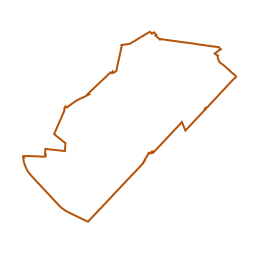 the district of Pekela, Groningen, Netherlands, rotated 8°
{"feature_id": "6326949B23781869832048", "entity_name": "Pekela", "entity_type": "district", "adm_level": 2, "iso_a3": "NLD", "parent_name": "Netherlands", "parent_adm1": "Groningen", "projection": "natural_earth1", "projection_center": [6.972, 53.067], "detail": "fine", "context": "isolated", "style": "outline", "palette": "amber", "viewbox_px": 256, "rotation_deg": 8, "n_neighbors": 0, "source": "geoboundaries", "source_scale": "gbopen_adm2", "svg_char_len": 5222}
<svg xmlns="http://www.w3.org/2000/svg" viewBox="0 0 256 256"><g transform="rotate(8 128 128)"><path d="M188.3,118.2L189.1,117.0L190.0,115.8L191.0,114.3L192.1,112.8L193.3,111.1L194.4,109.5L196.7,106.3L201.3,99.7L201.4,98.8L201.5,98.4L201.5,98.2L201.7,97.8L201.8,97.5L202.0,97.3L202.5,98.1L202.7,97.7L203.6,96.5L207.8,90.5L208.2,89.9L208.6,89.3L210.4,86.8L210.8,86.3L211.7,85.0L213.4,82.5L215.2,79.9L217.4,76.8L218.6,75.1L219.7,73.6L220.7,71.9L221.6,70.7L222.8,69.0L225.3,65.5L225.7,65.0L226.2,64.4L227.3,63.2L227.9,62.3L227.9,62.2L227.8,61.9L227.7,61.7L226.0,60.5L224.6,59.6L222.8,58.5L222.0,58.0L221.6,57.7L221.2,57.4L220.3,56.7L219.6,56.2L219.1,55.9L218.7,55.6L217.7,55.0L217.0,54.5L215.9,53.8L215.0,53.1L214.2,52.7L213.7,52.4L213.3,52.1L213.1,52.0L212.7,51.8L212.3,51.7L210.7,50.8L210.1,50.4L209.8,50.3L209.7,50.2L209.3,49.9L209.2,49.7L208.2,48.0L207.4,46.7L207.2,45.9L206.8,44.7L207.0,43.8L206.5,43.7L205.9,43.4L205.4,43.2L204.8,42.9L203.5,42.2L205.6,40.2L205.8,40.0L206.0,39.8L207.1,38.6L207.4,38.2L207.5,38.1L207.8,37.8L208.1,37.7L208.4,37.5L208.6,37.4L208.9,37.3L209.0,37.3L209.1,37.2L207.7,36.2L206.6,35.3L199.7,35.4L198.0,35.4L189.6,35.4L185.7,35.4L183.0,35.3L178.9,35.3L178.1,35.3L175.1,35.3L170.6,35.4L167.3,35.4L166.2,35.4L154.0,35.4L147.7,35.4L147.4,36.0L142.2,32.5L143.1,31.6L140.3,29.7L138.6,31.3L138.3,31.1L136.7,29.9L136.4,29.7L135.9,29.9L135.1,30.5L134.4,31.1L134.1,31.4L133.8,31.6L133.3,32.0L133.0,32.3L132.6,32.6L132.4,32.7L131.7,33.3L131.0,33.9L130.7,34.1L130.3,34.4L130.3,34.5L130.1,34.6L129.7,34.9L129.6,35.0L129.3,35.3L129.0,35.5L128.6,35.8L127.5,36.7L125.1,38.7L124.2,39.4L124.0,39.6L123.6,39.9L122.6,40.8L122.4,40.9L120.6,42.3L118.4,44.2L118.1,44.4L117.0,44.7L116.4,44.9L115.9,45.0L114.6,45.4L113.9,45.6L113.3,45.8L112.7,46.0L111.1,46.4L110.0,46.7L110.1,47.1L110.3,48.2L110.3,48.6L110.1,50.8L110.0,52.4L109.7,56.8L109.6,58.1L109.4,60.7L108.9,67.0L108.5,73.0L108.4,73.1L108.4,73.3L108.2,73.5L107.4,74.2L107.2,74.4L106.3,75.1L106.2,75.0L106.0,74.8L105.2,74.3L105.2,74.5L105.0,75.4L104.5,76.0L103.0,75.3L101.9,76.7L100.5,78.4L99.2,80.1L98.0,81.6L95.8,84.4L94.7,85.7L94.3,86.3L93.7,87.0L83.6,99.7L83.9,99.7L84.1,99.7L84.4,99.8L84.6,99.9L84.9,100.0L84.5,100.3L82.5,101.7L81.8,102.3L81.5,102.5L80.8,102.9L80.1,103.4L79.4,103.8L79.2,104.0L78.9,104.1L78.4,104.5L78.1,104.7L76.6,105.6L75.6,106.3L75.2,106.6L74.8,106.9L72.3,108.8L72.0,109.1L71.6,109.4L71.4,109.6L71.1,109.9L70.9,110.1L70.6,110.4L69.2,111.7L64.7,116.2L64.3,116.0L63.4,115.3L63.2,115.2L62.7,115.9L62.7,116.0L62.5,116.3L62.5,116.5L62.4,116.7L62.4,116.8L62.4,117.4L62.5,117.8L62.5,118.4L62.5,118.7L62.5,119.7L62.5,120.0L62.4,120.2L62.2,121.0L61.8,122.5L61.7,122.6L61.0,125.4L60.9,125.8L60.1,128.6L59.8,129.8L59.4,131.0L59.2,131.9L58.7,133.4L57.4,138.1L57.0,139.5L56.2,142.5L55.9,143.5L55.7,144.3L56.8,145.0L58.4,146.0L60.1,147.0L62.2,148.2L62.4,148.3L65.6,150.2L68.2,151.8L68.7,159.6L49.1,160.2L49.1,160.3L49.3,163.5L49.5,165.7L50.3,165.7L50.3,167.7L47.6,168.3L45.3,168.4L43.5,168.6L39.4,169.0L36.4,169.3L33.3,169.7L32.0,169.9L29.3,170.2L28.1,170.4L28.1,170.9L28.2,171.1L28.3,171.3L28.2,171.4L28.6,171.7L28.9,172.0L28.5,172.1L28.5,172.4L28.8,173.7L29.3,175.2L29.6,176.1L29.8,176.6L30.1,177.3L30.9,178.8L31.3,179.6L31.8,180.4L32.2,181.2L32.9,182.2L33.9,183.6L34.7,184.6L35.5,185.6L36.3,186.4L36.9,186.9L37.3,187.3L37.5,187.4L37.6,187.6L38.0,187.9L38.3,188.2L39.0,188.8L39.8,189.5L40.5,190.0L43.4,192.4L43.8,192.7L44.0,192.9L44.7,193.5L45.9,194.5L46.6,195.0L47.8,196.0L49.9,197.6L50.9,198.5L51.0,198.6L52.2,199.5L52.5,199.8L53.6,200.7L54.3,201.2L58.4,204.5L59.4,205.3L60.6,206.3L62.3,207.7L63.4,208.6L64.4,209.4L65.1,210.0L65.8,210.5L68.0,212.3L68.3,212.5L69.4,213.4L69.4,213.5L70.4,214.3L71.0,214.7L71.4,215.0L71.8,215.3L72.3,215.6L72.7,215.9L73.1,216.2L73.6,216.5L74.1,216.7L74.5,217.0L75.0,217.3L76.1,217.8L76.6,218.1L76.9,218.2L77.7,218.5L78.2,218.8L78.8,219.0L79.3,219.2L80.7,219.7L80.8,219.8L81.9,220.1L83.0,220.5L84.4,220.9L92.7,223.6L95.7,224.6L98.3,225.4L98.8,225.5L99.2,225.7L101.4,226.4L101.7,226.0L102.8,224.4L103.6,223.2L104.4,222.1L104.8,221.5L106.7,218.9L107.6,217.6L109.1,215.6L110.4,213.6L111.0,212.8L112.0,211.4L112.2,211.1L112.4,211.0L112.8,210.4L115.0,207.2L116.8,204.7L118.0,203.0L118.7,202.0L120.3,199.7L121.2,198.5L122.1,197.2L122.4,196.7L123.0,195.8L124.6,193.5L125.7,192.0L128.4,188.3L128.7,187.9L129.2,187.1L130.6,185.2L131.4,183.9L132.1,183.1L133.0,181.8L133.6,180.9L134.2,180.0L134.8,179.2L137.4,175.6L138.0,174.7L139.3,172.9L139.9,172.1L140.3,171.6L140.6,171.1L140.8,170.8L141.6,169.8L141.8,169.4L142.0,169.1L142.6,168.3L143.0,167.7L143.5,167.0L143.8,166.6L144.3,165.9L144.5,165.6L145.0,165.1L145.2,164.8L145.3,164.7L145.5,164.4L145.6,164.2L145.8,163.8L145.9,163.7L146.2,163.2L146.3,163.1L146.5,162.7L147.0,162.0L147.2,161.8L148.1,160.6L147.9,160.3L148.4,159.0L148.8,158.2L149.3,158.0L148.9,157.4L150.0,155.0L150.7,153.3L151.3,151.8L151.5,151.3L151.7,150.7L151.8,150.4L152.0,149.6L152.7,149.6L153.0,149.7L153.2,149.8L153.3,149.8L153.4,150.1L153.5,150.1L155.5,149.3L154.7,148.1L156.3,147.6L156.8,148.4L166.9,134.1L168.1,132.4L169.3,130.7L176.4,120.6L178.0,118.3L178.8,117.2L180.5,114.6L185.2,122.5L185.8,121.6L186.3,121.0L187.0,120.1L187.5,119.3L188.3,118.2Z" fill="none" stroke="#b45309" stroke-width="2"/></g></svg>